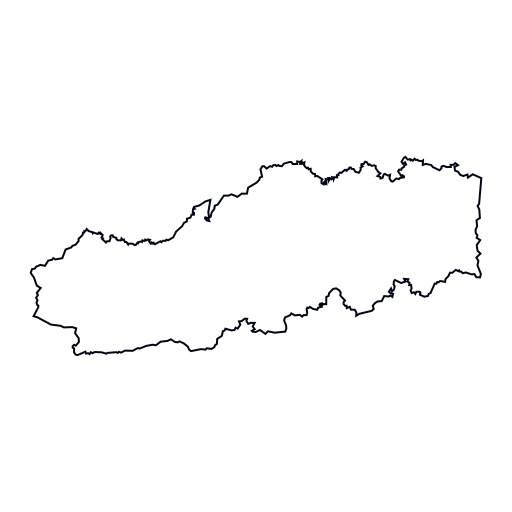 the district of Yali, Antioquia, Colombia
{"feature_id": "7082276B99209439763300", "entity_name": "Yali", "entity_type": "district", "adm_level": 2, "iso_a3": "COL", "parent_name": "Colombia", "parent_adm1": "Antioquia", "projection": "orthographic", "projection_center": [-74.75, 6.718], "detail": "fine", "context": "isolated", "style": "outline", "palette": "ink", "viewbox_px": 512, "rotation_deg": 0, "n_neighbors": 0, "source": "geoboundaries", "source_scale": "gbopen_adm2", "svg_char_len": 6061}
<svg xmlns="http://www.w3.org/2000/svg" viewBox="0 0 512 512"><path d="M83.0,232.7L82.5,235.1L78.6,238.8L78.6,241.0L75.6,244.7L72.5,245.8L71.2,247.5L65.6,249.5L62.3,258.2L55.3,259.4L53.3,258.1L51.8,259.9L48.2,260.6L45.0,265.8L40.3,264.9L36.1,266.7L34.8,268.6L32.0,269.2L30.7,272.8L34.0,277.7L36.8,285.6L40.7,288.0L36.8,292.8L37.9,295.0L36.1,297.8L37.5,300.3L36.5,302.6L37.2,304.9L38.3,305.6L38.3,307.2L33.6,316.2L37.4,317.3L51.0,324.6L60.6,325.8L63.9,327.4L72.1,327.1L76.2,328.3L75.1,333.2L78.7,338.3L78.9,342.0L75.8,345.7L74.2,344.8L72.7,346.1L72.7,347.7L74.1,348.4L74.0,352.2L75.4,354.5L77.5,355.1L85.4,351.7L86.1,353.6L88.1,353.2L89.6,354.1L90.8,352.2L92.5,353.2L94.7,352.0L101.5,352.3L106.5,353.7L107.5,352.9L116.3,352.2L117.8,352.9L118.9,351.8L121.0,352.6L125.1,350.6L132.7,350.8L137.8,348.1L139.7,348.5L146.3,345.9L152.6,344.7L155.9,345.3L160.6,341.7L167.6,340.9L170.8,339.3L175.0,342.0L177.6,342.3L179.4,341.4L183.7,343.3L187.9,346.7L189.1,349.6L191.1,351.1L201.0,349.1L205.5,349.6L206.7,348.3L211.5,348.9L214.3,347.2L215.0,345.3L216.9,343.9L217.2,338.9L221.8,335.9L222.9,331.2L224.6,330.5L225.4,328.7L231.6,330.4L234.5,330.0L235.6,327.7L237.7,328.6L240.3,324.7L239.0,321.4L241.6,321.1L244.9,318.6L247.1,318.8L246.4,320.9L248.2,323.9L250.4,322.9L254.6,322.9L252.7,326.5L254.7,329.2L251.8,330.8L252.8,331.8L255.7,332.0L260.0,330.0L265.4,333.9L267.9,331.3L274.8,332.7L285.3,331.6L286.3,328.7L286.1,325.5L284.1,320.3L285.0,317.5L290.1,315.2L291.3,313.4L294.9,315.4L299.7,314.8L302.2,316.6L303.5,315.1L306.6,315.1L307.2,312.6L306.6,309.2L307.4,307.6L308.7,308.0L309.9,306.9L312.8,308.8L317.2,309.8L318.1,307.7L321.4,306.9L319.5,304.9L320.3,303.6L321.8,303.4L321.4,304.6L322.3,305.3L323.3,304.0L326.2,304.2L326.3,297.0L328.5,295.9L329.2,293.0L333.1,288.9L336.2,288.4L339.3,290.4L340.7,292.5L340.3,295.5L345.0,300.5L343.7,301.8L343.5,303.9L345.3,305.9L346.6,305.8L346.8,308.1L349.8,306.8L350.9,309.6L354.8,309.8L356.4,312.6L356.2,315.7L359.4,313.8L371.8,310.8L373.7,309.0L372.8,305.7L374.9,303.2L377.5,301.5L381.7,301.1L384.2,296.1L388.9,296.5L390.3,295.5L392.4,296.9L393.0,293.8L390.7,293.3L388.9,291.8L391.0,288.5L392.0,291.3L393.9,289.6L394.7,286.2L393.6,284.5L393.9,281.2L394.9,280.0L401.2,283.0L405.5,281.5L404.1,278.9L408.3,279.2L407.4,281.5L409.5,282.8L409.2,285.1L411.1,284.9L411.6,288.3L410.6,290.5L411.7,293.0L413.9,292.3L415.3,294.0L416.3,291.8L419.6,291.7L420.4,292.3L419.9,294.7L424.2,296.7L427.9,296.0L428.6,294.1L430.6,292.9L434.7,283.6L436.4,283.7L437.2,282.0L438.7,282.2L440.1,281.0L445.0,281.9L445.6,279.0L448.5,276.0L450.0,272.7L452.2,272.8L455.8,269.9L458.0,271.0L459.2,270.4L459.6,271.6L461.4,271.7L462.6,273.2L465.9,272.5L471.6,274.4L474.5,274.1L476.3,277.2L480.0,277.4L480.9,274.0L477.5,265.4L478.4,260.9L476.4,257.5L480.5,253.6L477.5,250.7L476.7,245.1L480.2,240.1L476.7,237.8L477.4,235.2L475.9,233.4L475.5,230.1L477.1,226.3L476.5,220.2L479.9,218.0L479.3,209.5L477.6,206.0L479.1,203.9L481.3,178.1L472.7,174.3L468.0,177.6L467.4,174.6L463.2,176.0L460.2,174.8L458.0,171.7L455.0,170.6L454.5,166.8L458.0,165.2L455.3,163.1L453.4,164.9L450.6,164.9L450.9,166.9L446.7,167.1L443.4,165.8L441.5,166.6L441.5,168.2L439.5,170.3L432.9,167.1L431.1,165.0L425.7,163.9L422.8,164.9L423.0,160.4L421.9,161.2L418.5,160.7L417.2,159.7L415.8,160.0L414.6,158.7L412.9,160.7L411.7,159.7L410.5,160.4L410.0,159.1L407.7,159.6L405.4,156.9L403.8,157.9L401.5,161.8L402.8,163.7L405.1,162.3L406.1,164.6L404.2,165.3L404.2,166.7L401.7,168.4L401.3,169.7L399.2,169.6L398.1,171.4L401.1,175.8L402.5,175.2L402.9,176.2L404.0,176.3L403.9,177.3L400.0,178.0L398.9,179.1L396.3,178.5L392.7,181.6L391.4,181.3L389.5,178.4L390.1,174.8L388.0,175.6L384.9,173.9L383.7,174.5L382.6,177.8L380.5,178.5L380.3,176.9L377.5,176.0L380.4,173.3L378.3,172.0L375.7,168.2L375.7,166.0L374.1,165.3L371.7,165.9L369.5,164.3L368.4,164.9L367.0,162.4L365.1,161.7L363.6,164.1L361.5,164.1L361.3,165.3L362.6,166.4L360.5,167.7L360.8,169.6L358.8,172.8L355.4,171.8L353.7,169.0L351.5,168.9L350.8,167.5L349.4,167.5L348.7,169.3L347.0,169.7L346.6,170.8L345.0,169.8L341.3,172.9L339.9,172.5L338.4,174.0L338.5,175.1L336.9,175.1L337.1,177.4L334.2,177.2L333.6,179.3L333.1,177.5L332.2,177.2L332.6,178.5L331.4,179.3L329.7,177.9L328.7,178.0L329.8,179.0L328.6,181.0L328.5,179.6L325.7,179.0L326.2,183.3L325.1,182.3L325.1,183.7L323.8,182.8L323.6,184.3L321.5,183.1L321.5,180.6L322.4,179.3L317.1,175.9L315.2,176.3L315.0,174.0L313.1,173.8L310.8,171.5L310.7,168.8L308.7,169.3L308.0,167.7L306.8,168.2L305.5,167.1L304.0,165.0L304.4,162.4L303.1,163.0L302.2,162.1L301.9,163.9L300.0,163.8L301.0,161.2L299.8,162.0L297.2,161.4L297.1,164.0L292.7,164.0L291.4,162.1L289.7,162.0L283.9,163.6L281.9,166.2L279.2,165.9L278.4,165.0L276.4,166.1L275.5,165.0L273.3,165.2L272.1,166.8L270.1,166.1L266.6,168.6L264.0,166.2L262.3,166.3L260.5,169.4L262.1,176.7L259.8,177.6L259.3,179.8L256.5,182.7L248.1,187.7L246.9,193.7L241.6,193.7L237.5,196.8L231.4,194.3L228.6,195.6L223.9,195.6L217.8,204.5L214.8,205.7L214.3,208.9L211.6,212.6L210.8,216.4L208.2,218.8L209.2,221.0L206.9,220.5L205.0,218.4L205.4,217.3L207.4,218.0L209.1,217.3L208.3,212.2L210.4,199.9L205.5,201.4L199.3,205.5L194.0,206.9L193.6,208.0L194.6,208.8L193.0,209.3L192.8,212.7L194.0,212.9L194.0,214.6L191.5,214.8L190.3,217.7L187.0,218.7L186.8,221.4L183.9,222.9L182.2,226.1L176.1,231.6L173.2,237.4L168.1,240.3L166.3,239.7L165.5,240.9L163.0,240.7L161.3,242.2L160.4,241.3L154.8,244.3L153.6,243.3L153.6,241.9L152.9,243.6L151.7,243.6L151.4,242.7L150.6,243.5L149.0,241.0L149.9,239.9L147.9,239.4L145.9,240.5L145.1,239.6L144.1,241.0L142.4,240.4L141.9,242.0L140.8,241.5L138.0,242.3L138.1,243.3L137.0,243.2L135.9,244.9L134.4,245.0L132.6,243.7L128.9,243.6L128.2,244.6L126.4,242.0L124.9,242.0L123.9,239.6L123.1,240.0L121.5,238.4L121.0,240.3L117.8,240.3L116.3,239.0L116.3,237.8L113.2,236.9L112.7,235.3L111.2,235.3L110.2,236.4L110.6,238.1L109.5,241.2L106.6,241.4L105.9,242.5L102.2,239.0L102.9,238.3L101.6,237.5L102.7,235.1L100.4,232.8L100.2,233.7L98.7,232.7L97.8,234.0L93.5,232.5L92.8,233.3L92.4,232.2L88.7,231.1L86.7,229.0L85.4,231.2L84.3,231.0L84.0,232.7L83.0,232.7Z" fill="none" stroke="#020617" stroke-width="2"/></svg>